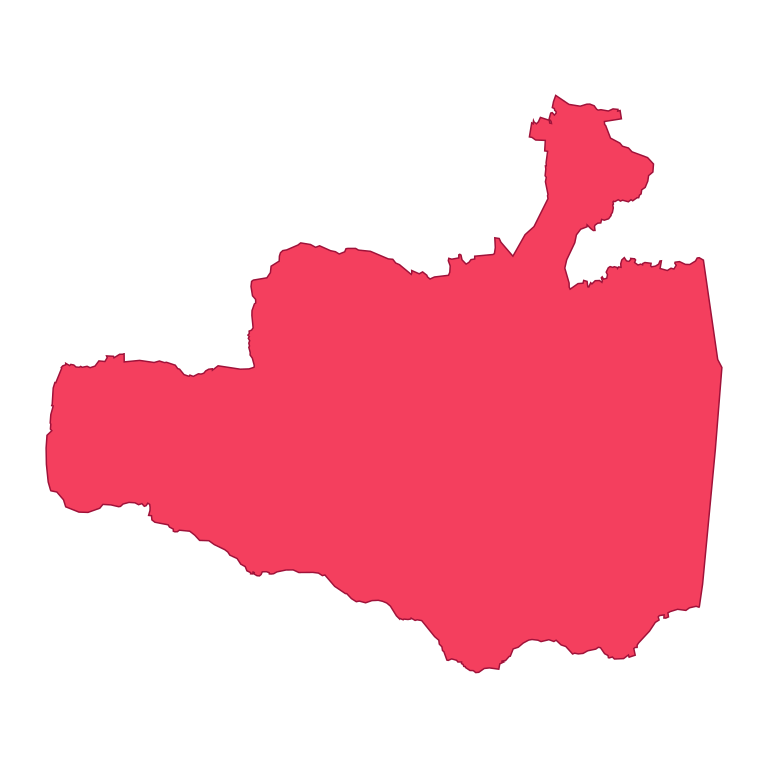 the district of Chapala, Jalisco, Mexico
{"feature_id": "50627088B97222259694583", "entity_name": "Chapala", "entity_type": "district", "adm_level": 2, "iso_a3": "MEX", "parent_name": "Mexico", "parent_adm1": "Jalisco", "projection": "equal_earth", "projection_center": [-103.201, 20.28], "detail": "fine", "context": "isolated", "style": "filled", "palette": "rose", "viewbox_px": 768, "rotation_deg": 0, "n_neighbors": 0, "source": "geoboundaries", "source_scale": "gbopen_adm2", "svg_char_len": 6079}
<svg xmlns="http://www.w3.org/2000/svg" viewBox="0 0 768 768"><path d="M618.0,109.4L613.0,108.9L608.4,111.0L600.9,109.7L598.2,110.1L596.7,109.3L594.2,105.8L589.9,104.1L586.7,104.2L580.2,106.2L569.0,104.4L555.7,95.4L553.5,101.6L552.3,107.6L554.3,108.5L554.7,110.4L556.0,111.5L556.1,113.1L554.4,115.1L552.2,112.6L550.7,113.1L549.1,119.1L551.1,121.3L551.5,123.5L549.7,123.1L549.3,120.3L540.4,117.4L538.4,121.8L536.4,123.8L534.1,122.1L533.5,120.7L533.1,123.8L531.7,122.9L529.4,136.9L532.0,137.4L535.6,140.0L545.3,140.4L544.7,150.9L547.6,151.3L546.1,162.6L546.3,165.8L545.4,165.9L545.8,169.0L545.1,175.8L546.3,177.4L545.4,181.7L548.0,194.5L547.5,195.7L548.0,198.6L534.0,226.6L525.1,234.6L512.9,256.2L500.9,242.2L499.2,238.5L494.8,237.8L495.3,247.7L494.4,253.6L493.0,254.5L474.7,256.2L474.7,259.0L471.0,259.6L469.0,262.3L466.1,264.1L462.0,259.8L461.0,255.1L459.8,254.3L458.8,254.8L458.8,257.9L451.7,259.2L448.8,258.3L448.3,260.7L450.2,265.9L449.8,272.2L448.5,275.3L434.4,277.0L430.0,279.0L427.5,276.9L426.8,275.2L422.6,271.9L419.2,273.8L411.7,270.5L411.8,273.0L411.2,274.4L399.5,264.7L395.7,263.0L392.8,259.3L388.3,258.9L370.4,251.3L358.5,250.1L355.6,248.4L348.0,248.4L346.0,248.7L344.7,251.8L339.2,254.0L335.4,251.7L330.6,250.7L319.6,245.8L315.6,247.3L310.5,244.5L300.7,242.9L298.0,245.0L286.7,249.9L282.8,250.6L280.5,252.7L279.4,256.1L279.2,261.1L271.1,266.2L270.4,272.6L266.9,277.8L253.3,280.1L251.6,281.4L251.0,286.5L252.5,295.8L255.6,299.4L255.7,303.0L254.4,303.9L252.0,310.6L251.9,315.5L253.1,327.8L251.6,330.1L249.1,331.1L249.3,333.5L247.9,335.1L249.3,336.6L248.3,338.3L249.7,340.7L248.8,343.1L249.5,346.0L248.8,347.3L250.2,352.5L250.1,355.0L252.3,358.1L254.2,365.2L254.2,367.0L253.1,367.6L249.0,368.9L240.4,369.2L218.1,365.8L212.4,370.2L212.3,368.8L208.7,369.2L205.7,370.9L203.8,373.2L201.1,374.1L198.4,373.8L193.3,376.4L189.9,375.1L189.3,376.1L188.3,376.1L184.0,374.6L179.6,369.2L177.7,368.6L175.3,365.2L166.5,362.3L164.4,362.6L159.4,361.0L154.1,362.5L139.6,360.4L124.2,361.9L124.1,353.0L124.1,354.2L119.6,354.3L114.0,357.8L113.5,356.3L106.5,355.9L107.2,357.7L104.9,361.5L98.9,360.9L95.0,366.1L90.1,367.7L87.1,366.3L82.2,367.3L80.7,366.4L79.3,367.3L76.0,367.0L73.8,365.0L70.8,364.4L69.6,365.6L65.7,363.3L65.8,364.7L62.7,365.9L61.2,367.6L61.6,368.4L55.8,382.7L54.9,382.5L53.2,388.0L52.2,404.4L51.9,405.5L51.0,405.4L53.2,406.0L50.8,414.6L50.2,423.0L50.8,424.2L50.4,429.1L51.8,430.7L47.0,435.3L46.1,448.1L46.4,464.3L48.2,482.0L50.5,490.0L50.9,490.8L56.8,492.0L63.5,499.8L65.7,506.8L78.9,512.1L88.0,512.4L99.8,508.2L102.9,504.4L111.0,504.9L118.6,506.7L120.5,506.4L123.1,504.0L129.0,502.4L135.0,502.8L138.6,504.7L141.9,503.6L144.3,506.3L146.1,505.7L147.8,503.2L149.7,504.4L150.1,507.5L150.0,510.4L148.6,515.4L151.5,515.7L151.9,519.9L155.0,522.3L168.1,524.8L169.5,527.1L173.3,529.1L173.3,531.2L174.8,531.8L177.4,531.7L179.3,530.2L189.7,531.2L194.7,535.1L199.6,540.4L208.9,540.7L214.3,544.6L224.8,549.7L227.8,552.0L229.9,555.2L237.1,558.5L240.8,564.2L245.2,566.6L246.9,570.8L250.6,572.6L250.6,573.8L252.6,573.9L253.1,572.0L254.3,572.6L254.1,574.0L257.0,575.7L259.5,575.9L261.1,574.5L262.3,571.8L266.5,571.7L269.2,572.7L269.3,573.9L271.4,574.0L273.7,573.7L276.9,571.9L286.0,570.0L293.2,569.9L298.8,572.5L312.9,572.4L318.5,573.1L322.4,575.6L324.9,575.0L334.7,586.4L345.4,593.6L346.7,593.6L351.4,598.6L356.3,601.7L359.3,601.1L365.6,602.8L371.9,600.6L378.3,600.3L382.6,601.3L386.7,603.0L390.4,606.1L396.4,615.8L399.7,619.1L400.0,618.5L403.2,619.8L403.9,619.1L408.0,619.5L410.8,619.0L411.1,618.1L415.1,620.4L417.2,619.8L421.7,620.6L434.6,636.6L438.8,640.2L439.3,644.1L441.9,646.8L442.5,650.5L443.9,651.7L446.9,660.1L448.2,660.4L451.7,658.9L456.6,660.3L457.9,662.0L461.6,662.0L461.5,663.6L463.1,664.4L463.8,666.4L465.3,666.6L465.6,667.6L470.0,670.5L473.3,670.6L475.7,672.6L478.8,672.3L484.2,668.5L489.4,667.9L498.8,669.2L499.8,663.9L503.3,662.2L502.0,662.0L502.0,661.1L505.7,660.4L509.2,656.4L510.3,656.2L513.2,648.9L518.3,647.2L523.3,643.0L528.7,640.1L532.0,639.5L538.0,640.2L541.0,641.6L548.9,639.7L553.9,641.5L556.1,640.2L561.1,644.9L565.8,646.5L572.6,654.0L574.6,653.2L578.3,653.9L583.1,653.4L587.7,650.8L595.8,649.1L598.3,647.3L600.5,647.7L604.6,653.7L608.0,655.5L608.4,657.7L609.2,657.9L612.4,657.0L614.4,659.0L623.6,658.6L628.4,655.0L629.1,657.2L635.2,655.2L633.8,648.5L635.1,647.5L637.1,647.4L637.2,645.0L638.7,642.8L649.5,631.1L655.3,622.4L659.1,620.0L658.2,616.9L659.4,615.6L664.1,614.9L663.9,618.0L665.8,618.1L668.5,616.9L667.9,612.9L670.2,611.6L677.6,609.3L685.9,610.4L689.5,607.8L696.1,606.3L699.0,607.2L699.4,606.3L702.6,584.2L715.3,450.0L721.9,367.5L717.7,359.5L703.4,260.1L699.2,257.7L697.2,258.0L695.5,261.0L689.8,264.5L685.4,264.4L679.5,261.6L675.1,262.2L674.8,263.2L676.2,265.3L673.9,269.0L671.0,268.2L667.3,270.5L660.1,268.5L661.4,260.8L659.9,261.0L658.7,264.1L655.5,266.1L651.6,266.8L650.7,265.9L651.1,263.3L644.9,262.5L642.8,263.5L642.6,264.8L640.7,264.1L638.0,265.0L634.6,262.5L635.6,260.0L634.6,258.8L630.7,258.4L630.8,259.3L629.1,261.3L628.1,261.3L626.4,260.8L624.3,257.6L621.8,259.9L620.7,263.8L621.0,267.3L618.7,266.9L617.5,268.4L617.3,267.5L614.2,266.7L612.9,267.4L610.1,266.6L608.3,267.8L606.2,272.1L607.5,274.7L606.7,278.3L603.6,279.1L602.2,276.8L601.3,277.8L602.4,281.0L601.9,282.4L599.5,280.5L595.2,280.7L591.9,283.9L590.7,282.7L588.8,287.0L587.8,286.8L587.1,281.4L583.7,280.4L583.0,283.2L578.0,283.6L570.1,289.2L569.2,287.1L569.1,283.0L564.8,268.1L566.7,259.8L574.8,242.7L576.4,234.9L580.7,229.2L587.0,226.8L587.1,224.9L591.0,228.8L593.3,230.5L595.0,230.4L594.5,226.5L595.1,225.1L597.7,223.2L600.8,222.9L601.6,219.4L604.3,220.2L608.6,218.8L611.1,215.5L610.9,214.8L612.4,212.4L613.3,207.9L612.7,204.9L613.4,204.2L613.0,202.0L613.5,201.3L614.9,201.6L618.2,199.7L620.4,201.1L622.6,200.2L628.4,201.8L631.0,199.7L632.7,200.8L637.1,197.7L638.7,197.7L639.5,195.1L641.1,193.9L641.7,189.8L645.2,187.4L647.8,181.1L648.6,175.6L652.9,172.0L653.5,164.0L647.6,157.6L632.0,151.8L628.5,148.0L622.4,146.2L619.9,143.1L610.5,138.1L605.7,125.6L604.6,124.4L604.4,121.5L621.4,118.8L620.1,110.5L617.7,111.1L618.0,109.4Z" fill="#f43f5e" stroke="#9f1239" stroke-width="1.5"/></svg>